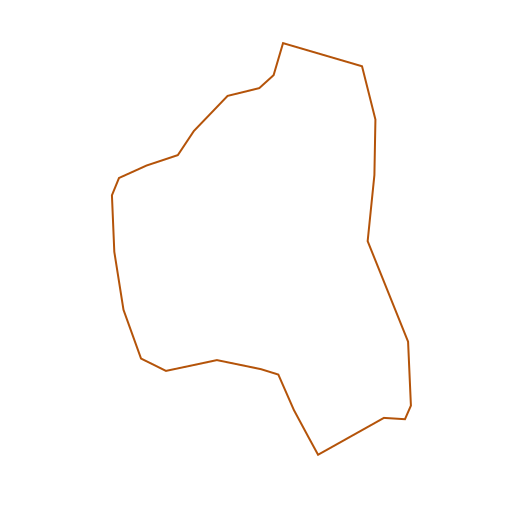 the Metropolitan Borough of Sunderland, rotated 81°
{"feature_id": "GBR-5664", "entity_name": "Sunderland", "entity_type": "Metropolitan Borough", "adm_level": 1, "iso_a3": "GBR", "parent_name": "United Kingdom", "parent_adm1": "", "projection": "natural_earth1", "projection_center": [-1.453, 54.859], "detail": "fine", "context": "isolated", "style": "outline", "palette": "amber", "viewbox_px": 512, "rotation_deg": 81, "n_neighbors": 0, "source": "natural_earth", "source_scale": "10m", "svg_char_len": 496}
<svg xmlns="http://www.w3.org/2000/svg" viewBox="0 0 512 512"><g transform="rotate(81 256 256)"><path d="M428.0,126.4L440.5,134.4L435.9,155.0L462.0,225.8L442.6,232.7L414.0,242.7L376.6,252.5L368.6,268.7L352.7,310.9L355.4,362.9L339.3,385.6L288.4,395.3L229.7,395.3L173.5,388.8L157.5,379.1L149.5,349.9L144.1,317.4L122.8,297.8L93.4,259.0L90.7,226.5L80.1,210.3L50.0,196.0L85.2,121.6L139.9,116.7L194.6,126.4L258.8,143.4L364.4,119.2L428.0,126.4Z" fill="none" stroke="#b45309" stroke-width="2"/></g></svg>